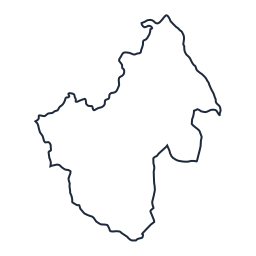 outline of Dong Van, Hà Giang, Vietnam
{"feature_id": "81297802B35887218353447", "entity_name": "Dong Van", "entity_type": "district", "adm_level": 2, "iso_a3": "VNM", "parent_name": "Vietnam", "parent_adm1": "Hà Giang", "projection": "robinson", "projection_center": [105.266, 23.242], "detail": "fine", "context": "isolated", "style": "outline", "palette": "slate", "viewbox_px": 256, "rotation_deg": 0, "n_neighbors": 0, "source": "geoboundaries", "source_scale": "gbopen_adm2", "svg_char_len": 5734}
<svg xmlns="http://www.w3.org/2000/svg" viewBox="0 0 256 256"><path d="M202.7,74.8L201.7,73.9L200.5,73.2L199.0,72.0L197.4,70.7L196.7,69.9L196.5,69.5L195.7,67.1L195.2,66.0L194.6,65.5L194.0,65.2L192.9,63.8L192.1,62.6L190.9,60.2L190.3,58.9L189.9,58.2L188.8,56.8L186.4,54.6L185.3,52.7L184.8,51.6L184.6,50.9L184.4,49.9L184.3,48.7L184.2,47.5L184.3,46.8L184.2,46.4L184.1,45.9L183.3,44.4L183.3,44.1L184.0,39.2L184.0,37.8L183.9,36.7L183.6,35.4L183.1,34.3L182.0,32.0L181.3,31.2L179.8,30.2L178.5,28.7L177.8,28.0L176.2,27.0L175.7,26.5L173.2,24.0L171.8,22.5L170.9,21.6L170.6,21.2L169.6,18.9L169.0,17.7L168.3,16.7L167.6,15.9L167.1,15.5L166.6,15.4L166.0,15.4L165.5,15.7L164.9,16.3L164.2,17.1L163.3,18.1L163.0,18.7L161.2,20.7L160.3,21.7L159.5,22.4L158.8,22.9L158.2,23.2L157.4,23.4L156.6,23.3L155.8,23.0L155.0,22.5L154.1,21.6L153.2,20.9L152.4,20.4L151.5,20.1L150.2,19.9L149.1,20.0L147.8,20.2L146.5,20.7L144.8,21.8L143.2,22.4L142.2,22.9L141.6,23.0L141.6,23.4L141.8,24.4L142.6,25.8L143.4,26.6L144.3,27.2L145.3,27.1L147.2,26.4L148.2,25.9L149.0,25.8L150.2,26.1L151.3,26.7L151.9,27.5L152.1,28.2L151.8,28.6L150.9,29.0L150.6,29.1L150.4,29.3L150.3,29.9L150.2,31.5L149.8,33.0L149.2,34.8L148.2,36.4L147.2,38.1L146.2,39.2L145.4,39.7L144.0,40.3L143.6,40.6L143.3,41.0L143.0,41.8L143.0,43.4L142.9,44.9L142.1,47.6L141.3,49.7L140.9,51.6L140.7,52.3L140.2,52.8L139.1,53.3L137.9,53.4L136.8,53.7L135.1,54.4L133.8,54.5L132.5,54.1L131.1,53.5L129.2,52.8L126.0,52.4L123.9,52.6L123.3,52.9L122.4,53.9L120.7,56.9L119.5,58.8L119.1,60.1L119.1,60.8L121.3,63.7L122.0,64.8L122.1,65.9L122.2,67.5L122.5,68.4L123.2,68.8L123.8,69.4L124.0,70.0L124.2,70.8L124.2,72.1L123.9,73.3L123.7,74.1L123.0,75.0L122.2,75.7L120.5,76.7L119.6,77.3L119.2,77.8L118.9,78.7L118.7,80.2L119.1,84.2L119.1,85.1L118.7,86.3L118.0,87.9L117.1,89.9L116.4,91.1L115.1,92.2L114.0,92.5L113.0,92.8L111.8,92.9L111.0,93.2L110.4,93.6L110.0,93.9L109.6,94.5L109.4,95.0L109.3,95.6L109.2,97.5L108.9,98.3L108.5,98.8L106.4,99.6L105.5,100.1L105.2,100.4L105.0,100.8L104.9,101.4L104.8,103.2L104.7,104.1L104.3,105.0L103.4,106.0L102.5,106.7L101.3,107.3L98.4,108.0L95.7,109.4L95.1,109.8L94.6,110.1L93.8,110.1L93.4,109.8L93.0,109.0L92.6,107.9L92.5,107.1L92.3,106.5L92.1,106.4L91.9,106.2L91.4,106.0L90.5,106.1L89.4,106.0L88.8,105.9L88.1,105.7L87.6,105.3L87.1,104.9L86.7,104.5L86.3,104.0L86.1,103.5L85.9,101.1L85.6,99.8L85.4,99.4L84.9,98.9L84.5,98.9L83.5,99.2L79.7,100.6L77.4,101.7L76.6,101.8L76.1,101.8L75.9,101.6L75.7,101.4L75.7,100.9L75.8,99.8L75.7,99.0L75.5,98.4L75.0,97.6L74.7,96.7L74.5,95.7L74.3,94.9L74.1,94.5L73.3,94.0L72.8,93.7L71.5,93.4L70.2,93.2L69.5,93.2L69.0,93.3L68.7,93.5L68.4,94.0L68.5,94.6L69.2,96.0L69.2,96.6L68.9,96.9L68.4,97.3L67.8,97.4L66.9,97.4L66.6,97.4L66.1,97.7L65.8,98.0L65.5,98.4L64.9,100.5L63.9,102.7L62.9,104.2L61.7,105.4L60.0,106.6L59.3,107.4L58.9,108.1L58.2,109.4L57.6,110.3L56.2,110.8L55.2,111.0L54.2,111.6L52.9,112.6L52.2,112.9L51.3,113.1L48.6,113.4L47.7,113.8L46.5,114.7L45.2,115.8L44.8,116.0L44.0,116.1L43.0,116.0L40.7,115.5L39.9,115.4L39.4,115.4L39.0,115.6L38.8,115.8L38.7,118.1L38.7,118.5L38.5,118.9L38.1,119.5L37.0,120.4L35.4,121.3L37.1,123.1L37.6,123.9L38.3,125.9L38.9,128.7L40.0,132.3L42.6,136.0L43.0,137.3L43.8,140.1L44.3,141.4L45.1,142.3L45.6,142.4L48.1,142.1L49.0,142.4L49.9,143.4L50.6,144.7L50.9,148.9L50.9,149.9L50.8,150.4L50.6,150.6L49.2,151.4L48.8,151.8L48.6,152.2L48.8,154.0L49.4,158.2L49.9,159.1L50.5,161.1L50.8,162.4L50.8,163.5L50.4,166.3L51.9,165.7L56.4,164.7L58.1,164.7L59.6,165.2L61.8,167.3L63.6,168.6L64.6,169.2L65.1,169.5L66.5,169.8L68.3,170.0L69.9,170.8L70.5,171.3L70.5,171.9L70.3,173.6L69.4,175.8L68.9,177.5L68.6,178.0L68.6,179.0L68.6,179.8L69.7,183.5L69.5,186.3L70.1,190.9L70.2,193.0L71.4,195.6L72.1,198.4L72.3,201.0L72.2,201.9L72.5,202.4L72.9,202.7L76.4,204.8L77.0,205.1L78.5,205.1L79.0,205.1L79.3,205.3L80.3,208.7L84.3,213.4L86.9,214.7L89.6,215.8L92.1,216.6L93.6,217.7L94.8,219.5L96.3,221.6L99.4,223.6L101.1,224.4L105.2,224.6L107.2,225.0L107.6,225.4L108.1,226.1L109.2,228.4L109.8,230.3L110.2,230.9L110.5,231.2L111.7,231.4L113.1,231.5L116.1,231.2L119.0,231.4L119.8,231.6L120.5,232.0L121.7,233.1L126.2,236.1L127.4,236.9L128.4,238.2L129.9,239.4L131.1,240.2L132.2,240.4L132.9,240.5L134.7,240.4L135.8,240.5L137.4,239.1L138.4,238.7L141.7,237.9L142.2,237.6L142.5,237.1L142.8,236.3L142.9,235.5L143.0,234.9L142.8,234.3L142.5,233.9L142.2,233.8L142.5,233.3L145.8,229.8L150.9,224.5L154.1,222.1L154.2,221.6L153.8,219.8L152.7,217.0L150.5,211.7L150.5,211.1L150.8,210.3L153.5,208.0L153.2,206.8L152.6,205.0L152.2,202.6L152.3,201.5L152.9,199.1L153.8,195.5L154.6,191.5L154.9,189.4L154.8,188.4L154.6,186.0L154.1,182.5L154.0,180.3L153.7,171.7L154.2,168.9L154.3,167.2L154.0,165.4L153.5,163.6L153.4,162.3L153.3,158.8L153.5,158.1L153.9,157.7L154.9,156.9L156.8,156.0L157.1,155.7L158.8,153.5L166.2,146.8L167.2,145.5L169.6,151.1L170.0,153.1L171.5,156.2L173.0,157.9L174.5,158.8L175.3,159.4L176.5,160.0L177.5,160.5L179.2,160.9L181.9,161.4L184.8,161.7L187.7,161.7L191.5,160.9L194.5,161.0L196.4,161.4L196.8,161.2L197.4,159.2L199.7,150.1L200.6,146.1L200.9,140.7L201.4,138.4L201.6,137.4L201.6,136.7L199.6,131.2L198.6,129.9L193.4,125.7L191.8,124.0L191.8,123.2L192.1,119.4L193.2,116.3L193.8,113.3L194.0,110.7L195.3,110.3L197.3,109.3L197.8,109.4L198.7,109.7L200.3,110.7L201.1,111.3L202.8,111.7L204.4,112.0L205.5,112.1L206.7,111.8L208.2,111.2L210.6,110.0L211.6,109.8L213.2,109.7L214.2,109.8L214.9,109.9L215.9,110.3L216.6,110.9L217.8,112.8L218.2,113.6L219.0,114.5L219.8,115.7L219.7,114.8L219.7,113.8L219.9,112.9L220.4,111.5L220.6,110.4L220.5,109.7L220.2,107.9L219.8,106.8L219.1,105.6L217.6,104.4L216.3,102.9L215.8,101.7L215.7,99.6L215.5,98.8L214.7,97.0L214.2,95.3L213.4,93.2L211.7,90.1L210.5,87.6L209.1,84.3L208.7,82.8L207.1,80.5L206.4,79.0L205.0,77.1L202.7,74.8Z" fill="none" stroke="#1e293b" stroke-width="2"/></svg>